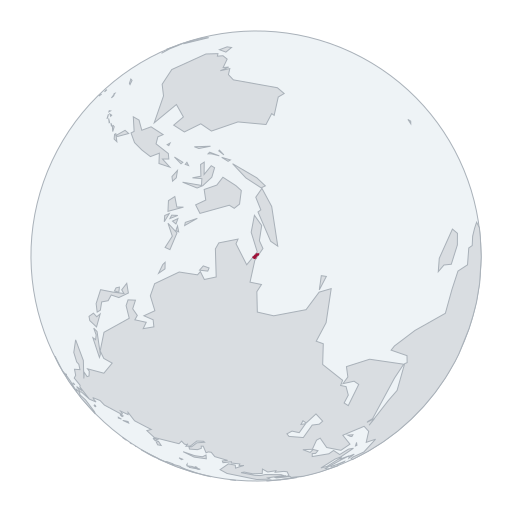 Chumphon on an orthographic globe, rotated 208°
{"feature_id": "THA-375", "entity_name": "Chumphon", "entity_type": "Province", "adm_level": 1, "iso_a3": "THA", "parent_name": "Thailand", "parent_adm1": "", "projection": "orthographic", "projection_center": [99.017, 10.32], "detail": "fine", "context": "on_globe", "style": "filled", "palette": "rose", "viewbox_px": 512, "rotation_deg": 208, "n_neighbors": 0, "source": "natural_earth", "source_scale": "10m", "svg_char_len": 9828}
<svg xmlns="http://www.w3.org/2000/svg" viewBox="0 0 512 512"><g transform="rotate(208 256 256)"><circle cx="256" cy="256" r="225" fill="#eef3f6" stroke="#a8b0b8"/><path d="M469.8,323.4L469.4,325.0L469.8,323.4ZM361.9,57.2L379.0,67.4L386.4,73.2L373.6,64.0L368.9,61.2L371.7,63.4L367.4,61.1L366.4,61.1L361.1,58.4L354.0,54.0L350.4,52.4L352.6,54.2L348.7,53.2L346.0,50.7L338.9,48.9L325.7,42.8L323.7,41.1L343.2,48.3L361.9,57.2ZM373.1,63.6L372.3,63.1L372.1,62.9L373.1,63.6ZM367.2,61.6L369.1,62.8L367.7,62.4L367.2,61.6ZM358.3,58.1L355.5,57.4L357.2,57.3L358.3,58.1ZM353.1,56.5L346.4,55.5L350.1,57.8L335.9,51.4L346.3,54.0L347.7,53.3L349.6,54.9L353.1,56.5ZM329.1,48.3L326.4,47.7L327.9,47.6L329.1,48.3ZM288.9,33.1L283.8,32.4L285.9,32.7L288.9,33.1ZM273.4,31.4L272.6,31.3L273.4,31.4ZM278.6,31.9L279.7,32.0L277.4,31.7L278.6,31.9ZM265.4,30.9L266.4,31.0L262.8,30.9L260.0,30.8L265.4,30.9ZM75.3,121.5L76.9,121.8L76.0,124.1L68.8,133.5L64.4,150.4L71.2,143.2L74.2,154.1L80.6,156.4L95.2,138.5L84.7,134.0L89.8,124.3L103.7,120.1L113.8,125.3L116.1,121.8L115.5,111.8L123.7,107.0L116.0,108.0L114.7,112.0L109.9,113.2L110.7,109.7L113.6,107.9L112.2,105.3L98.8,115.6L96.2,120.7L88.9,120.0L83.7,128.9L79.7,132.0L86.9,118.3L90.7,114.0L99.2,99.3L94.5,103.6L86.2,118.1L86.2,116.4L79.8,123.5L84.6,116.8L95.0,101.0L92.3,101.6L85.0,109.4L98.2,95.2L102.0,91.6L104.8,89.0L110.5,84.0L109.7,84.7L113.2,81.8L112.9,82.4L121.1,77.0L122.1,77.4L133.7,69.7L135.8,69.2L128.3,73.7L123.7,77.5L127.2,80.1L130.3,78.9L137.6,74.0L137.6,75.8L144.2,70.8L150.3,70.9L148.4,66.9L156.8,62.1L165.0,59.7L167.5,57.7L154.1,61.8L149.0,64.2L145.3,67.3L131.3,74.7L128.3,75.2L141.6,65.6L138.8,65.6L150.4,59.0L179.5,50.4L187.4,50.5L182.8,59.5L176.1,61.6L174.5,59.1L168.3,65.4L172.5,62.9L172.6,64.8L180.7,61.6L181.1,62.8L188.1,58.0L189.5,59.2L185.1,62.2L198.2,59.5L203.4,61.7L206.2,60.6L207.7,58.8L213.3,63.3L215.1,62.4L214.0,60.5L216.8,57.5L224.1,54.3L225.6,56.0L223.2,57.4L220.5,63.3L213.9,67.4L215.3,67.8L221.4,64.8L224.7,57.4L228.6,55.1L228.0,58.3L228.5,56.9L230.9,56.3L234.8,57.6L235.9,54.1L260.5,48.0L270.4,50.6L267.1,53.6L285.9,53.5L295.6,57.9L294.5,55.9L302.8,55.5L299.9,54.0L300.0,53.1L319.9,53.2L325.8,55.2L333.2,54.4L332.6,53.6L328.7,52.0L335.9,51.4L350.1,57.8L350.6,59.3L359.2,62.9L359.2,66.0L363.1,70.8L358.1,73.0L361.6,77.2L364.6,78.3L371.6,85.3L375.9,97.3L359.4,82.7L350.5,67.0L353.0,72.6L348.5,70.2L347.1,71.7L349.2,76.1L351.8,77.3L335.3,81.1L332.7,93.9L342.3,94.1L349.0,99.0L354.4,117.3L338.7,141.5L347.4,151.2L348.4,157.2L341.7,160.4L340.1,151.5L332.9,147.8L333.0,142.8L321.8,145.9L321.5,138.9L312.9,145.5L316.9,151.4L326.9,150.6L319.6,160.2L330.6,171.2L332.5,184.0L316.3,205.8L298.8,211.9L297.8,216.1L290.6,211.0L281.3,218.8L295.2,243.2L295.0,250.1L279.8,262.5L279.4,257.4L260.1,243.9L256.8,260.2L271.4,274.7L276.5,291.2L265.3,285.6L260.2,271.1L253.4,265.9L255.0,251.6L249.0,230.1L237.8,233.4L238.5,224.9L228.5,207.1L212.3,211.5L186.6,232.1L183.3,253.7L174.3,262.5L162.8,230.0L162.8,209.0L155.4,210.1L146.2,191.5L121.2,186.9L120.5,181.4L115.2,183.0L109.2,176.5L109.2,167.6L104.3,167.2L105.0,190.8L110.6,191.5L119.3,184.1L118.1,192.3L124.2,200.8L107.2,218.2L74.8,229.8L76.4,213.4L76.7,167.1L79.4,162.7L79.6,162.2L79.9,161.2L75.0,168.2L76.7,159.6L71.3,190.5L68.3,203.5L74.2,230.7L72.5,232.8L75.9,238.9L92.5,236.3L91.5,241.6L80.7,264.9L61.9,294.3L67.2,318.1L70.6,337.5L65.1,347.5L71.9,363.0L70.0,366.7L74.0,375.2L76.0,383.0L77.1,389.4L72.0,385.8L66.7,377.8L56.6,360.8L45.8,337.1L39.6,318.7L36.4,305.4L33.8,291.9L30.9,264.6L30.7,256.4L31.1,244.7L31.5,237.2L33.7,219.4L37.3,201.9L42.3,184.7L48.6,168.0L56.3,151.8L65.2,136.3L75.3,121.5ZM119.6,141.5L128.9,144.7L133.3,132.1L137.2,132.6L137.2,128.4L133.5,131.2L134.9,120.3L142.0,118.3L145.2,113.5L142.2,112.2L129.0,117.9L127.0,133.1L121.2,137.2L119.6,141.5ZM129.9,69.3L129.6,69.5L129.1,69.9L129.9,69.3ZM118.2,77.8L118.8,77.3L120.2,76.3L122.8,74.4L126.4,71.8L140.0,62.9L141.3,62.4L138.3,64.1L137.8,64.6L132.8,67.6L120.7,76.5L116.3,79.7L116.3,79.2L118.2,77.8ZM174.0,46.2L173.5,46.4L168.5,48.4L168.4,48.4L174.0,46.2ZM245.3,31.0L245.1,31.0L247.3,30.9L245.0,31.3L236.6,32.0L239.7,31.9L238.1,32.6L231.3,33.6L232.9,32.8L224.2,34.7L222.4,34.3L221.5,34.5L217.5,34.8L211.0,35.9L211.2,35.6L208.6,36.2L205.9,36.6L202.4,37.4L201.5,37.5L197.1,38.6L199.2,38.0L191.9,40.0L193.1,39.7L210.2,35.4L227.7,32.5L245.3,31.0ZM259.3,30.7L260.0,30.8L256.6,30.7L261.8,31.0L252.2,31.2L246.5,31.3L252.4,30.7L259.3,30.7ZM79.1,121.1L79.2,122.1L80.2,122.4L76.2,127.2L79.1,121.1ZM85.9,110.3L86.5,110.1L81.4,116.3L81.4,115.7L85.9,110.3ZM91.3,105.0L87.0,109.6L89.3,106.7L91.3,105.0ZM129.4,73.5L130.6,73.3L129.0,74.6L126.3,76.1L129.4,73.5ZM205.1,41.5L206.9,40.4L208.4,40.3L215.5,38.1L217.5,38.7L213.9,40.1L205.1,41.5ZM90.9,140.9L86.5,143.7L86.6,141.6L88.1,141.0L90.9,140.9ZM79.0,135.0L79.7,138.6L78.0,136.2L79.0,135.0ZM208.4,41.7L211.1,40.7L210.4,41.6L208.4,41.7ZM219.2,39.0L219.1,39.9L218.5,38.5L219.2,39.0ZM181.4,445.4L186.0,447.9L182.7,447.7L181.4,445.4ZM93.1,340.0L95.2,372.0L88.8,370.6L83.4,360.3L79.7,340.4L85.8,336.3L87.7,327.7L93.1,340.0ZM331.8,330.2L338.2,331.3L338.0,332.3L331.8,330.2ZM325.1,326.5L332.6,327.0L323.7,328.8L325.1,326.5ZM335.4,327.2L343.0,325.4L346.3,323.7L345.7,325.9L335.4,327.2ZM320.0,326.5L291.9,325.4L280.7,322.3L283.4,318.6L301.6,320.2L320.0,326.5ZM282.5,318.5L265.4,307.1L241.4,274.9L250.0,275.9L274.9,295.8L273.4,299.0L283.8,307.8L282.5,318.5ZM323.9,300.2L322.2,310.0L306.8,308.7L299.7,306.9L294.9,294.1L297.6,287.9L303.4,288.3L325.5,267.3L333.3,272.8L326.6,281.8L333.0,290.4L323.9,300.2ZM184.2,255.8L189.1,269.3L184.3,271.0L184.2,255.8ZM334.2,252.5L325.5,261.7L333.3,249.4L334.2,252.5ZM338.7,240.9L339.4,245.7L335.6,241.0L338.7,240.9ZM297.9,222.5L291.8,223.4L291.5,220.0L299.2,217.0L297.9,222.5ZM333.9,195.0L334.3,204.6L333.3,207.8L330.3,201.9L333.9,195.0ZM228.5,49.0L216.4,50.9L209.0,53.6L206.7,56.8L204.7,53.6L216.2,49.4L228.5,49.0ZM256.3,47.7L258.2,45.6L260.9,46.5L260.8,47.1L256.3,47.7ZM255.0,46.5L250.8,44.2L254.2,43.1L256.8,45.0L255.0,46.5ZM229.2,41.7L225.4,42.1L226.1,41.2L229.2,41.7ZM418.8,410.1L418.5,411.3L412.2,417.5L404.7,424.1L400.2,426.6L418.8,410.1ZM375.5,428.6L378.3,421.9L385.1,421.0L379.7,427.1L375.5,428.6ZM423.7,405.2L429.4,398.5L434.6,390.6L430.3,397.6L431.3,397.3L419.4,410.6L423.7,405.2ZM358.7,400.9L316.1,414.6L307.4,412.7L311.0,406.8L306.0,388.7L309.0,389.1L308.9,376.8L334.9,365.9L354.0,345.4L366.8,346.8L377.5,331.9L390.1,332.9L385.4,344.7L397.4,352.4L408.4,325.8L412.8,353.9L419.5,363.6L417.9,381.1L395.0,410.9L384.6,416.8L383.9,414.3L379.2,417.3L373.9,416.3L373.5,407.0L368.8,410.0L374.5,402.8L367.1,409.2L365.5,403.2L358.7,400.9ZM447.7,348.2L448.8,348.9L449.6,353.5L447.9,352.9L447.7,348.2ZM466.8,329.8L466.5,332.0L465.7,332.8L466.8,329.8ZM469.3,325.2L468.3,326.5L469.8,323.4L469.3,325.2ZM457.2,331.1L457.5,332.8L456.9,333.5L457.2,331.1ZM456.8,330.6L457.9,327.7L457.4,330.5L456.8,330.6ZM452.6,315.8L453.6,314.3L453.8,315.4L452.6,315.8ZM347.7,331.6L356.9,324.1L361.7,323.5L347.7,331.6ZM451.7,312.8L449.5,312.6L449.9,311.1L451.7,312.8ZM452.1,309.2L452.0,307.1L452.9,312.0L452.1,309.2ZM448.2,304.7L450.7,308.3L447.9,305.1L448.2,304.7ZM446.5,305.2L444.6,303.7L444.8,303.0L446.5,305.2ZM422.1,308.8L429.7,321.3L423.1,321.1L415.9,313.4L409.3,320.8L395.0,319.6L398.6,315.1L396.9,308.1L381.5,305.3L378.5,300.7L384.1,297.7L373.7,294.0L385.1,292.1L389.6,301.4L395.9,294.2L406.5,296.0L416.5,299.1L424.1,306.0L422.1,308.8ZM384.8,312.5L386.7,312.6L384.9,315.4L384.8,312.5ZM440.9,298.6L443.7,303.1L443.3,304.2L441.9,303.6L440.9,298.6ZM425.9,304.4L434.3,296.6L436.2,296.7L430.6,305.5L425.9,304.4ZM432.5,291.6L436.2,292.7L438.0,297.0L437.2,298.2L432.5,291.6ZM361.5,303.7L361.0,306.3L358.0,304.2L361.5,303.7ZM365.5,302.2L374.5,305.1L364.6,304.4L365.5,302.2ZM337.3,292.7L340.1,298.9L348.8,295.2L342.1,300.6L347.9,310.8L345.8,314.6L340.1,303.6L337.9,314.7L334.0,314.5L332.0,304.8L336.0,293.1L339.9,288.4L355.5,286.7L337.3,292.7ZM365.5,294.7L363.1,287.6L364.8,282.9L367.5,286.7L365.5,294.7ZM355.6,270.4L348.9,262.1L343.0,265.1L354.7,254.1L359.3,263.8L355.6,270.4ZM349.6,252.5L344.1,255.1L349.6,248.7L349.6,252.5ZM342.5,252.4L341.7,246.7L346.1,247.6L342.5,252.4ZM352.5,252.8L353.1,243.2L355.6,248.9L352.5,252.8ZM339.2,234.2L349.1,243.6L336.6,239.3L335.0,221.2L340.3,220.9L339.2,234.2ZM362.0,164.4L360.1,159.6L364.6,158.7L364.6,162.2L362.0,164.4ZM377.4,153.3L365.2,157.0L355.0,160.9L358.7,163.1L357.3,171.2L351.3,163.4L357.6,154.9L365.5,153.6L365.6,147.1L370.7,143.0L368.0,135.1L369.9,131.9L374.8,138.9L377.4,153.3ZM366.4,131.7L363.5,118.5L372.4,120.9L375.1,124.3L372.7,129.2L368.1,127.6L366.4,131.7ZM365.4,116.1L360.9,114.7L347.2,96.0L346.6,92.9L361.7,107.3L358.3,106.8L360.1,111.3L365.4,116.1ZM327.8,48.7L326.5,47.8L329.1,48.7L327.8,48.7ZM298.2,52.4L298.8,51.3L301.7,52.1L298.2,52.4ZM301.9,49.0L298.2,48.8L301.5,48.3L301.9,49.0ZM290.0,48.7L296.5,48.3L291.3,49.8L290.0,48.7Z" fill="#d9dde1" stroke="#a8b0b8" stroke-width="1"/><path d="M256.1,253.5L256.2,253.4L256.3,253.3L256.4,253.2L256.5,253.2L256.5,253.3L256.8,253.5L257.0,253.5L257.3,253.5L257.5,253.5L257.6,253.4L257.8,253.4L257.8,253.5L257.9,253.8L257.7,253.8L257.6,254.0L257.4,254.5L257.2,254.7L257.1,254.8L257.0,255.0L256.9,255.1L256.9,255.3L257.0,255.3L256.9,255.3L256.9,255.5L257.0,255.6L257.1,255.8L256.9,255.9L256.7,255.8L256.5,256.1L256.7,256.3L256.8,256.3L256.7,256.4L256.7,256.5L256.6,256.8L256.5,257.0L256.5,257.3L256.6,257.5L256.6,257.8L256.5,258.0L256.4,258.1L256.2,258.2L256.1,258.3L255.9,258.3L255.7,258.4L255.4,258.4L255.2,258.5L255.0,258.8L254.9,258.7L254.7,258.7L254.6,258.4L254.5,258.2L254.7,257.9L254.8,257.9L254.9,257.7L255.0,257.6L255.3,257.4L255.4,257.2L255.5,257.2L255.7,256.8L255.6,256.6L255.5,256.4L255.6,256.2L255.7,255.9L255.7,255.7L255.6,255.4L255.7,255.2L255.8,255.2L255.8,254.9L255.8,254.7L255.7,254.7L255.6,254.3L255.5,254.2L255.8,254.0L255.9,253.9L255.9,253.7L256.0,253.5L256.1,253.5Z" fill="#f43f5e" stroke="#9f1239" stroke-width="1.5"/></g></svg>